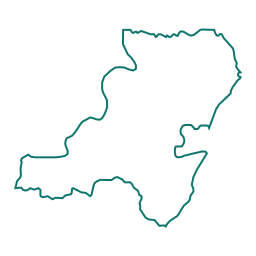 map outline of Aberdeenshire (Mercator projection)
{"feature_id": "GBR-2013", "entity_name": "Aberdeenshire", "entity_type": "Unitary District", "adm_level": 1, "iso_a3": "GBR", "parent_name": "United Kingdom", "parent_adm1": "", "projection": "mercator", "projection_center": [-2.632, 57.223], "detail": "fine", "context": "isolated", "style": "outline", "palette": "teal", "viewbox_px": 256, "rotation_deg": 0, "n_neighbors": 0, "source": "natural_earth", "source_scale": "10m", "svg_char_len": 2905}
<svg xmlns="http://www.w3.org/2000/svg" viewBox="0 0 256 256"><path d="M123.2,29.9L130.2,29.9L130.9,30.4L132.1,32.4L133.2,32.9L134.4,32.4L135.3,31.7L136.2,31.6L137.4,32.9L141.2,31.0L150.6,34.3L154.1,34.2L155.8,37.0L156.7,36.7L157.5,35.1L159.0,34.2L160.9,34.4L166.2,37.1L167.0,35.5L167.8,35.8L168.8,36.8L170.0,37.1L171.3,36.4L173.2,34.5L174.2,34.2L176.3,35.5L177.6,35.9L178.2,34.9L178.6,33.7L179.4,32.6L180.4,31.7L181.3,31.3L183.7,31.8L188.6,34.8L190.8,35.6L193.7,35.0L200.3,29.9L202.1,29.5L214.3,29.9L214.4,30.7L215.0,32.5L216.0,34.4L217.0,35.6L218.3,35.7L220.1,34.1L221.5,34.2L222.2,35.0L223.5,37.8L232.9,48.4L233.9,51.9L234.3,55.7L234.9,59.3L236.6,62.6L236.6,63.9L236.1,66.5L237.3,68.7L240.4,72.3L238.9,72.5L238.1,74.0L238.2,75.8L239.3,76.7L240.6,77.2L239.9,78.5L237.3,80.7L232.8,87.0L230.9,90.7L230.6,93.5L219.1,104.4L216.2,108.9L209.1,127.9L208.6,126.3L208.3,126.0L206.4,125.5L204.0,125.5L202.7,125.5L201.2,125.5L200.0,126.0L198.9,127.7L197.7,129.0L196.3,129.0L194.7,129.0L193.0,126.8L191.1,125.1L188.6,124.9L184.4,125.1L182.6,126.0L181.5,128.0L180.8,129.3L180.5,131.3L181.0,134.3L182.5,135.7L183.7,137.5L184.4,140.6L183.6,143.7L181.9,146.3L178.6,146.5L175.9,146.5L175.1,147.9L174.8,150.5L175.0,153.8L175.7,156.1L177.1,157.2L178.7,157.2L181.4,157.0L184.4,155.6L187.7,154.9L191.4,153.9L194.6,153.2L199.4,152.1L202.5,151.4L205.8,151.8L206.5,152.7L206.8,153.6L206.7,153.7L196.8,169.8L193.4,177.1L191.9,184.4L192.2,186.1L192.9,187.4L193.4,188.9L193.4,191.3L192.9,192.5L190.8,195.1L190.4,196.2L189.7,199.8L188.1,202.1L184.3,205.1L181.3,209.4L178.7,214.2L176.9,216.3L170.7,220.3L168.8,222.0L166.9,224.3L165.8,226.5L164.7,225.5L162.5,225.5L159.3,225.8L154.8,220.2L148.2,219.3L145.5,217.5L140.1,209.4L140.3,206.7L139.6,202.9L141.5,198.9L141.7,196.5L139.3,194.9L138.1,190.9L133.8,187.6L131.9,184.0L130.1,182.3L124.7,182.3L122.1,179.4L117.5,177.1L115.2,177.5L111.4,180.1L100.5,179.8L96.9,181.3L94.7,183.0L93.7,185.1L91.5,194.8L90.1,196.2L85.8,192.9L81.5,192.4L73.1,188.2L72.1,188.8L71.7,192.9L71.0,194.2L65.3,195.5L62.4,198.2L59.7,198.0L55.5,197.8L52.4,199.2L47.8,196.2L42.7,197.2L41.2,196.5L40.4,195.5L40.5,190.0L38.4,188.2L34.3,189.6L30.2,188.2L27.4,190.2L25.1,190.5L22.9,189.7L21.2,187.6L15.4,188.2L17.0,181.2L20.1,177.7L20.9,175.7L20.6,168.4L21.7,161.8L21.0,160.5L21.9,158.3L28.3,154.6L30.8,156.7L34.9,157.3L42.4,157.3L50.5,157.3L56.1,157.3L61.3,156.7L65.2,155.8L67.7,153.7L67.7,151.1L66.5,147.8L65.7,145.7L65.2,143.9L65.6,140.9L66.7,138.2L69.5,137.0L72.4,135.5L75.0,132.2L77.6,128.6L79.8,125.0L82.4,121.7L87.5,119.0L89.9,117.5L93.1,118.1L96.1,119.3L98.5,119.6L100.1,119.6L102.4,117.8L105.0,113.3L107.1,107.3L107.1,103.4L106.8,99.8L104.8,95.9L102.9,92.2L102.1,88.6L102.2,82.3L104.3,76.6L110.5,70.8L115.4,67.5L119.6,67.2L124.5,67.5L128.5,69.3L133.1,70.5L135.8,69.0L136.0,65.7L134.4,62.1L131.1,57.5L127.7,54.2L123.0,44.2L123.0,36.6L123.1,31.6L123.2,29.9Z" fill="none" stroke="#0f766e" stroke-width="2"/></svg>